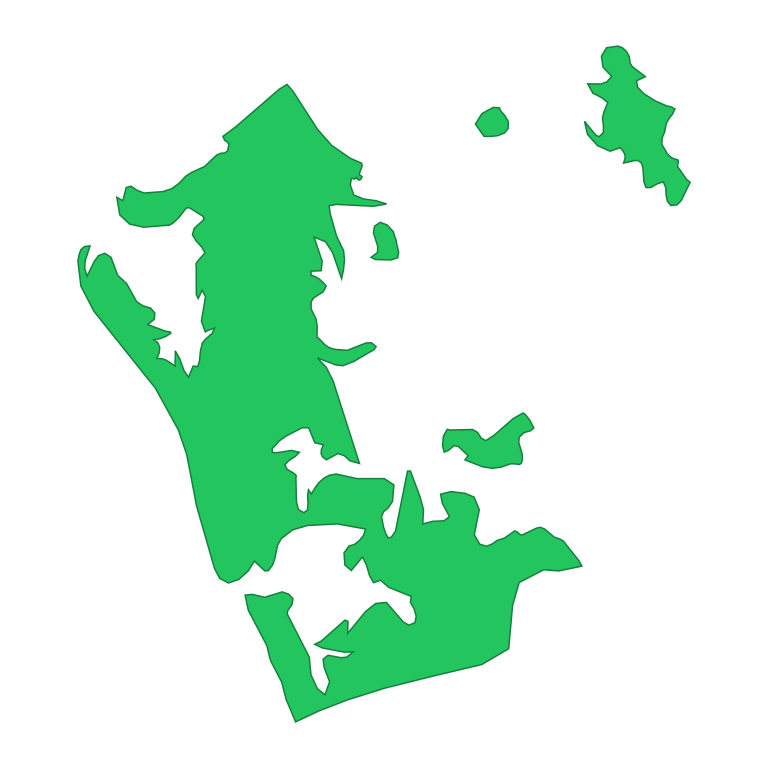 outline of Auckland
{"feature_id": "NZL-3398", "entity_name": "Auckland", "entity_type": "Unitary Authority", "adm_level": 1, "iso_a3": "NZL", "parent_name": "New Zealand", "parent_adm1": "", "projection": "orthographic", "projection_center": [174.852, -36.678], "detail": "fine", "context": "isolated", "style": "filled", "palette": "green", "viewbox_px": 768, "rotation_deg": 0, "n_neighbors": 0, "source": "natural_earth", "source_scale": "10m", "svg_char_len": 5706}
<svg xmlns="http://www.w3.org/2000/svg" viewBox="0 0 768 768"><path d="M295.6,721.9L286.1,699.3L281.6,681.9L271.3,662.2L269.6,657.4L266.9,645.7L248.3,610.3L245.1,595.1L252.3,594.4L264.7,597.3L282.2,591.9L288.6,594.1L293.0,598.7L292.0,604.5L287.9,610.5L287.1,613.7L309.3,657.2L311.0,674.9L317.4,688.7L324.9,694.7L329.6,681.8L324.2,667.6L323.1,659.1L328.1,655.3L341.1,657.7L346.8,657.1L353.3,651.8L344.5,652.2L322.5,648.0L314.7,644.3L321.2,641.1L345.0,620.1L348.0,621.4L347.6,633.4L365.7,611.4L375.7,603.5L386.4,602.4L403.1,621.8L408.9,625.2L415.0,622.6L416.2,616.4L414.1,608.8L410.4,602.4L411.2,596.4L388.8,587.4L380.5,580.2L373.6,582.7L369.5,575.6L366.5,565.1L362.5,557.0L351.3,570.5L344.9,565.1L344.0,552.9L349.0,546.0L354.1,544.6L359.5,540.5L363.7,535.0L365.5,529.0L337.2,523.9L307.5,525.5L292.8,529.8L281.2,538.7L277.5,545.5L274.8,558.8L272.6,564.9L268.4,570.6L264.8,570.9L254.4,561.2L248.3,570.9L238.9,579.4L228.5,583.0L219.7,578.4L214.6,568.7L196.6,506.1L186.7,454.4L178.3,429.8L155.3,388.1L94.0,311.4L80.9,286.2L77.9,261.0L79.1,254.7L80.9,249.7L84.3,246.6L90.0,245.9L85.2,260.9L84.7,268.4L87.1,276.2L94.2,261.5L98.4,255.7L104.8,253.3L111.0,257.3L117.7,275.3L126.6,283.6L136.7,301.7L143.1,305.9L150.5,308.0L154.8,313.0L154.4,319.2L147.7,324.6L165.6,331.2L170.3,332.0L170.8,333.3L166.4,336.1L159.8,338.8L153.8,339.6L158.0,342.9L159.7,347.4L159.3,352.6L156.9,358.4L162.2,358.8L166.3,360.2L175.3,366.2L175.0,362.3L175.4,354.5L175.2,350.8L179.6,358.4L184.1,370.9L188.6,377.1L193.1,366.1L197.8,366.5L199.6,360.3L200.4,351.3L202.3,343.1L205.2,339.5L212.2,333.3L214.5,328.1L207.6,330.6L205.3,331.9L201.4,321.1L205.5,296.6L202.1,290.3L198.2,298.5L196.3,294.5L196.2,265.8L195.9,264.0L197.6,261.2L205.0,252.8L201.5,246.8L196.1,240.9L192.4,234.7L194.2,228.4L203.9,219.5L203.2,216.4L189.2,207.7L186.3,208.0L179.0,217.4L173.5,222.7L169.6,225.1L143.6,227.2L129.6,224.1L119.8,214.9L116.8,197.3L122.8,200.7L126.2,187.5L131.0,186.2L137.0,190.3L144.0,193.0L162.8,191.6L171.7,188.7L178.8,183.5L185.8,176.2L191.4,172.5L204.6,166.5L216.6,155.1L221.0,153.2L224.8,153.0L227.5,151.0L229.0,143.9L226.4,141.4L225.3,140.9L224.5,139.9L222.9,136.4L235.9,126.7L279.0,89.4L287.0,84.4L292.7,90.8L317.6,129.4L331.8,145.5L350.3,158.3L361.7,163.2L362.1,166.2L359.4,173.6L359.6,175.1L361.1,175.8L362.1,176.8L360.9,179.3L359.3,180.1L357.9,179.5L356.8,178.3L356.7,177.4L354.3,179.2L352.6,178.3L351.3,178.9L350.3,184.9L353.8,195.0L363.7,199.0L376.0,200.7L386.6,204.0L373.2,206.3L336.7,204.4L329.1,205.7L330.2,213.4L336.5,236.0L343.6,250.6L344.5,260.0L343.5,269.9L341.6,278.7L332.6,252.7L325.6,241.8L314.1,237.1L322.2,261.3L321.2,270.7L311.1,271.2L311.1,275.3L315.4,276.7L319.3,279.1L322.8,282.2L326.2,286.2L323.1,291.9L313.8,297.8L311.2,301.6L311.1,308.9L315.9,318.6L317.2,325.9L317.0,337.2L319.1,338.7L324.8,344.7L329.2,347.7L335.3,349.4L347.4,350.3L366.2,342.9L371.5,342.8L376.1,346.6L374.1,349.6L353.7,361.5L342.9,365.7L335.7,364.9L317.3,357.9L326.3,367.4L333.1,380.9L359.5,463.5L349.9,460.8L344.2,455.6L337.9,453.5L326.4,459.8L322.7,457.0L321.1,453.6L321.4,449.5L323.4,444.8L314.9,442.8L308.6,427.8L302.2,427.8L286.6,435.8L279.7,440.6L272.3,448.6L272.3,452.4L276.1,452.8L291.7,450.4L299.4,452.3L295.3,456.4L289.0,460.5L284.8,464.9L287.1,469.3L294.2,473.5L296.2,475.5L295.9,478.8L296.5,502.1L298.4,509.6L303.9,512.7L307.5,509.9L308.0,503.2L307.6,495.6L308.5,489.8L311.4,494.0L315.1,487.7L319.1,482.4L323.9,478.2L329.4,475.2L336.3,474.0L356.8,478.6L384.3,478.6L393.9,484.9L392.5,501.5L388.0,508.1L383.7,511.6L381.5,516.5L383.5,527.0L386.0,534.1L388.3,537.9L391.3,537.2L395.5,531.1L407.5,471.1L410.5,471.1L420.1,497.0L423.5,509.6L422.8,523.9L432.7,521.3L444.0,520.8L449.5,516.7L442.3,503.3L440.6,494.2L450.9,491.6L464.9,493.3L474.1,497.1L479.3,509.7L474.3,534.8L479.9,544.3L486.7,546.2L492.1,544.0L497.0,540.5L504.4,538.1L514.7,530.9L517.4,532.1L519.8,534.3L521.9,535.1L536.3,528.2L540.3,527.3L544.8,529.1L554.2,537.1L559.8,539.0L563.4,541.1L578.9,560.7L581.9,566.1L559.0,570.9L543.7,569.8L519.2,582.5L512.6,605.3L508.7,648.7L481.8,664.5L432.1,676.3L384.9,688.1L347.1,700.0L318.7,711.0L295.6,721.9ZM678.0,167.2L686.5,179.3L690.1,182.3L681.2,200.7L677.0,204.8L670.8,205.5L667.4,201.3L666.0,194.7L665.8,187.8L663.3,181.9L657.5,183.7L650.9,187.5L646.1,187.6L643.9,182.0L642.9,168.0L641.5,163.2L638.0,160.5L634.3,160.6L623.6,163.1L625.1,158.3L625.0,154.9L623.5,151.8L620.3,147.7L610.1,151.2L597.5,145.6L587.5,134.4L584.5,121.3L595.9,135.3L599.3,136.7L603.4,132.3L603.4,125.4L602.5,117.9L603.9,112.0L607.8,102.5L601.7,97.7L592.8,93.1L587.7,83.8L601.0,84.0L606.8,81.9L611.7,76.4L603.0,67.2L601.4,56.2L606.5,47.8L618.0,46.1L622.4,47.8L626.3,51.2L629.2,56.3L630.2,63.3L632.2,66.6L645.3,76.6L636.6,80.8L637.5,87.1L643.8,93.7L655.4,101.0L666.7,105.9L671.0,106.8L674.9,108.9L672.7,113.8L668.5,119.4L666.2,123.8L664.6,132.1L662.1,138.1L661.9,144.5L667.5,154.0L669.4,156.0L671.7,157.7L674.2,158.9L676.7,159.4L678.2,160.3L678.2,162.5L677.6,165.1L678.0,167.2ZM513.4,418.4L523.1,413.0L525.4,414.6L530.0,420.5L533.8,428.0L530.4,430.8L524.1,432.6L519.2,437.2L518.8,442.6L522.1,453.7L522.5,459.1L521.4,463.2L519.4,464.5L513.7,463.8L510.2,463.9L501.3,467.1L492.2,468.3L482.7,466.8L464.9,459.9L468.2,455.8L458.5,446.6L454.0,445.6L448.5,450.4L444.2,452.1L442.5,445.5L443.4,436.1L447.2,429.4L450.5,430.0L472.7,429.5L477.6,432.5L481.1,438.0L485.7,440.7L493.9,435.4L513.4,418.4ZM374.5,226.2L380.4,222.3L387.4,225.1L393.2,231.6L395.7,239.1L398.7,252.4L397.8,257.7L391.1,260.0L375.4,259.5L371.0,257.4L377.5,252.5L377.7,246.3L373.4,232.8L374.5,226.2ZM499.3,107.8L501.1,111.3L505.0,115.8L508.3,121.5L508.2,128.5L504.3,133.1L497.5,135.7L490.0,136.5L484.0,136.3L475.4,124.1L481.9,113.6L493.2,107.4L499.3,107.8Z" fill="#22c55e" stroke="#15803d" stroke-width="1.5"/></svg>